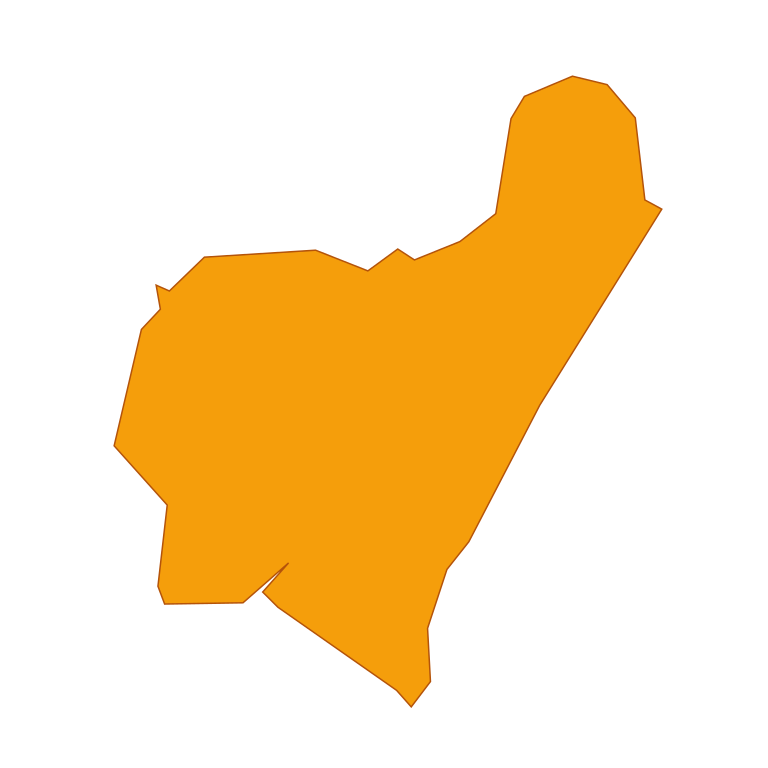 McLean, Kentucky, United States of America (Mercator projection), rotated 94°
{"feature_id": "52423323B25082659820780", "entity_name": "McLean", "entity_type": "district", "adm_level": 2, "iso_a3": "USA", "parent_name": "United States of America", "parent_adm1": "Kentucky", "projection": "mercator", "projection_center": [-87.273, 37.532], "detail": "fine", "context": "isolated", "style": "filled", "palette": "amber", "viewbox_px": 768, "rotation_deg": 94, "n_neighbors": 0, "source": "geoboundaries", "source_scale": "gbopen_adm2", "svg_char_len": 575}
<svg xmlns="http://www.w3.org/2000/svg" viewBox="0 0 768 768"><g transform="rotate(94 384 384)"><path d="M236.6,318.2L258.1,362.3L248.4,379.7L272.3,408.0L255.3,461.6L270.0,572.0L306.2,604.6L301.3,618.2L325.0,612.3L346.5,629.8L464.5,648.9L519.9,591.8L601.5,595.4L618.8,587.5L612.1,509.4L569.1,466.7L600.0,490.5L614.2,474.1L688.7,350.1L704.2,334.3L677.6,316.9L624.7,323.5L564.6,308.3L535.5,288.4L394.2,227.1L190.2,119.1L182.2,136.6L101.0,151.9L69.8,182.3L63.8,217.5L87.3,264.0L110.4,275.8L206.3,284.4L236.6,318.2Z" fill="#f59e0b" stroke="#b45309" stroke-width="1.5"/></g></svg>